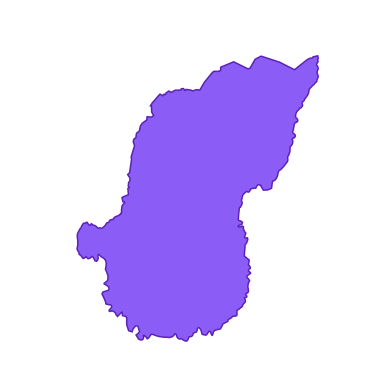 Zacazonapan, México, Mexico (Natural Earth projection), rotated 9°
{"feature_id": "50627088B85040406712653", "entity_name": "Zacazonapan", "entity_type": "district", "adm_level": 2, "iso_a3": "MEX", "parent_name": "Mexico", "parent_adm1": "México", "projection": "natural_earth1", "projection_center": [-100.25, 19.063], "detail": "fine", "context": "isolated", "style": "filled", "palette": "violet", "viewbox_px": 384, "rotation_deg": 9, "n_neighbors": 0, "source": "geoboundaries", "source_scale": "gbopen_adm2", "svg_char_len": 6053}
<svg xmlns="http://www.w3.org/2000/svg" viewBox="0 0 384 384"><g transform="rotate(9 192 192)"><path d="M85.8,249.6L85.4,251.9L85.7,254.4L86.7,257.5L87.5,262.7L87.3,265.3L87.3,266.1L88.1,267.4L90.3,270.3L90.2,271.0L90.4,271.4L91.5,271.7L92.3,272.3L94.7,274.6L95.8,274.3L96.6,273.6L97.4,272.4L99.8,274.2L101.4,273.4L102.1,272.8L103.1,271.5L103.6,271.2L105.2,272.7L107.1,275.2L107.9,275.2L108.5,275.4L109.0,274.8L109.6,273.6L109.7,271.8L108.9,269.7L109.3,268.3L110.4,268.8L112.6,270.2L114.6,271.0L116.2,271.9L117.8,273.8L118.4,276.2L118.7,278.1L118.6,281.9L120.3,284.5L122.1,287.9L122.5,290.3L122.4,292.7L121.1,294.2L119.5,296.0L119.5,296.4L121.1,297.2L121.9,297.3L124.2,298.6L125.0,299.7L125.1,300.3L125.1,300.9L124.7,302.1L123.5,302.9L120.5,304.2L119.5,305.0L119.4,305.7L119.0,306.6L120.0,308.2L122.1,311.1L124.0,314.4L124.4,316.0L126.5,316.3L129.4,316.2L130.2,316.9L130.5,317.4L130.5,318.5L130.0,319.6L129.2,320.8L128.6,321.9L129.1,322.8L129.3,322.9L131.9,321.9L133.8,322.5L135.4,323.5L135.9,324.7L137.9,326.6L141.4,321.6L141.8,321.8L142.7,325.0L146.1,325.3L147.2,326.5L148.2,333.1L151.1,338.9L154.7,339.5L155.2,336.7L157.2,333.1L159.3,332.8L159.7,333.2L162.0,338.3L160.9,340.1L159.1,342.0L162.2,345.6L164.4,346.2L166.2,345.7L166.8,344.6L167.0,343.8L166.9,342.6L166.4,341.3L167.3,341.1L169.6,342.6L170.7,344.0L171.8,343.2L173.7,339.4L174.5,338.8L175.9,338.8L178.7,339.5L182.4,339.9L186.7,339.8L189.7,339.4L192.3,339.3L194.5,338.4L195.9,337.3L196.8,335.9L197.3,334.7L197.9,334.6L198.8,335.3L199.6,337.0L200.2,338.0L201.8,339.1L203.0,339.1L204.1,338.8L205.0,338.7L206.8,339.7L208.4,340.1L209.5,340.2L210.4,339.8L211.2,338.2L211.7,335.6L212.0,335.3L213.4,335.1L214.5,334.4L215.1,333.4L215.3,331.7L215.6,331.0L218.0,329.8L218.6,328.8L218.8,327.3L218.7,325.9L219.1,325.3L219.8,324.9L220.6,325.1L222.6,327.2L224.1,330.7L224.8,331.1L228.0,331.2L228.6,330.9L229.3,329.7L230.4,327.2L231.1,326.7L232.0,327.2L233.8,330.2L234.4,330.4L234.8,329.6L235.0,327.1L235.6,326.1L235.6,325.6L236.4,325.0L238.8,323.8L240.5,323.3L241.6,322.6L242.7,319.5L243.0,317.9L244.0,316.8L247.1,314.6L247.7,313.8L247.8,312.2L249.9,310.8L251.5,308.7L252.1,308.3L254.2,307.8L255.1,307.4L255.7,306.4L254.9,302.1L257.3,299.8L258.3,298.4L259.0,298.1L259.5,297.3L259.8,295.9L260.4,294.3L261.6,292.8L261.9,291.5L261.5,290.2L260.5,288.8L260.4,288.3L262.5,287.2L262.5,286.5L262.2,285.8L261.2,285.0L261.0,284.7L261.0,284.2L261.2,283.8L262.4,283.2L262.9,282.7L263.3,281.1L262.8,279.2L261.9,276.7L261.9,273.1L262.8,270.8L262.0,269.6L261.2,268.8L259.7,267.8L259.4,267.0L259.8,266.1L261.0,264.6L262.1,263.8L262.6,263.2L262.3,262.3L261.1,261.9L260.0,260.8L260.4,259.4L261.5,258.3L261.3,257.0L259.1,254.8L259.2,250.3L253.8,247.1L253.4,244.8L253.0,237.9L252.7,236.7L252.7,235.9L253.8,234.0L254.5,230.7L254.4,229.5L253.9,228.6L252.3,229.1L251.4,229.1L251.1,227.8L251.2,226.2L251.6,224.3L250.0,222.7L249.3,221.5L248.4,220.3L248.4,219.4L248.3,218.4L247.9,218.0L247.2,217.8L245.1,219.0L243.9,219.3L243.1,218.9L243.1,217.9L245.6,216.6L246.4,216.0L246.6,214.0L245.1,213.2L243.3,212.8L242.5,212.6L242.1,212.3L241.5,205.9L241.3,200.6L241.7,199.7L242.2,199.4L243.3,196.0L243.2,194.5L242.5,193.6L242.1,191.8L242.5,190.7L242.2,189.6L242.5,188.7L242.6,187.6L242.9,186.5L245.1,183.6L246.0,183.0L246.5,183.0L247.2,183.3L247.8,183.2L248.4,182.9L249.0,181.7L249.3,180.2L251.2,178.9L254.4,178.2L255.0,176.2L255.6,175.1L256.2,174.5L257.2,174.2L257.8,174.3L258.2,174.8L259.1,174.8L259.3,175.6L262.2,179.0L266.2,178.2L268.7,176.8L270.0,175.8L269.8,169.0L272.2,167.2L273.3,165.0L274.0,162.3L274.0,159.9L274.2,158.9L274.4,157.7L276.5,155.5L278.4,152.7L281.5,147.1L281.7,145.7L281.5,144.5L281.0,142.5L281.1,141.9L281.3,141.3L281.8,140.5L282.0,138.6L282.4,137.2L282.2,135.5L282.2,134.5L281.8,132.7L281.8,132.2L283.0,130.3L283.5,129.2L283.8,127.3L283.5,125.6L282.8,124.3L282.8,123.8L283.0,123.3L284.2,122.7L285.0,121.8L285.2,121.2L285.3,120.7L285.1,119.7L283.9,118.6L282.8,118.1L282.4,117.8L282.1,117.4L281.9,116.6L282.4,114.7L282.4,110.2L282.5,108.9L282.8,108.1L283.3,107.3L284.4,106.8L284.9,106.2L285.2,105.7L285.3,104.8L285.2,104.3L285.0,103.9L283.8,102.7L283.2,102.5L282.5,101.3L282.3,100.2L282.4,98.1L282.8,96.8L283.2,95.9L284.2,94.4L284.8,93.8L285.2,92.5L285.5,92.2L286.5,91.9L286.8,91.2L287.4,90.4L287.7,89.5L287.6,88.8L287.1,87.9L286.9,86.7L287.1,85.9L288.4,84.2L289.0,82.2L290.9,78.7L291.6,76.0L291.7,74.6L291.6,72.7L291.9,71.9L293.9,68.8L295.8,66.5L296.7,64.8L297.4,64.1L297.7,63.8L297.9,63.2L298.0,61.3L298.5,59.2L298.6,58.6L298.3,57.2L297.0,55.1L296.9,54.4L296.8,53.5L297.0,51.9L297.4,50.8L297.3,50.0L296.3,48.0L295.3,47.2L295.1,46.5L295.1,45.9L295.4,45.2L296.0,43.9L296.1,43.2L295.4,41.8L295.8,40.2L294.9,37.8L290.6,39.5L289.6,41.0L287.7,41.3L285.0,43.3L274.1,55.2L258.3,50.1L239.0,47.0L233.6,51.0L230.0,60.5L228.2,61.7L212.8,56.9L200.9,64.2L201.2,67.7L198.4,68.9L195.0,69.3L193.5,70.6L187.0,81.8L183.8,90.0L180.1,90.3L177.1,92.0L174.7,91.5L170.1,91.6L169.8,92.6L169.2,92.8L167.4,91.2L165.4,91.6L164.8,93.2L159.6,94.0L156.2,96.6L155.5,96.8L153.4,95.9L151.0,98.0L150.5,99.9L149.0,99.8L148.0,101.5L145.6,100.4L144.8,100.6L138.9,110.1L137.5,113.3L138.4,113.2L139.7,119.4L142.2,122.7L140.1,124.4L135.9,124.7L136.0,128.0L132.1,131.8L130.7,134.9L130.4,140.1L129.3,141.3L128.5,141.9L127.9,143.5L128.1,147.1L126.2,149.0L126.1,151.6L128.0,155.2L126.4,167.1L127.2,169.2L127.3,182.8L125.7,184.8L128.6,188.1L128.8,190.6L127.9,192.6L128.1,196.2L129.4,197.4L128.1,198.5L129.6,204.6L125.8,206.9L123.7,208.4L125.3,212.5L126.8,212.3L127.2,213.3L126.2,214.5L125.1,216.3L125.2,221.6L125.8,222.7L125.0,224.2L125.3,224.9L125.0,225.2L124.2,225.4L123.7,226.0L123.6,226.5L120.3,228.3L119.6,229.0L118.7,230.3L118.2,231.6L116.5,231.9L115.0,233.0L114.7,234.8L113.7,235.4L112.6,235.9L111.7,238.2L110.5,240.0L109.0,241.6L108.1,242.1L107.3,241.9L106.2,241.8L105.7,242.2L104.4,242.3L102.4,240.7L101.4,240.3L99.0,240.1L98.5,239.7L98.0,239.1L97.3,239.3L97.3,240.0L95.8,240.9L94.8,240.2L93.3,238.4L92.1,238.6L91.7,239.6L89.7,239.8L88.2,243.2L88.0,244.9L87.0,246.1L86.6,247.6L85.8,249.6Z" fill="#8b5cf6" stroke="#5b21b6" stroke-width="1.5"/></g></svg>